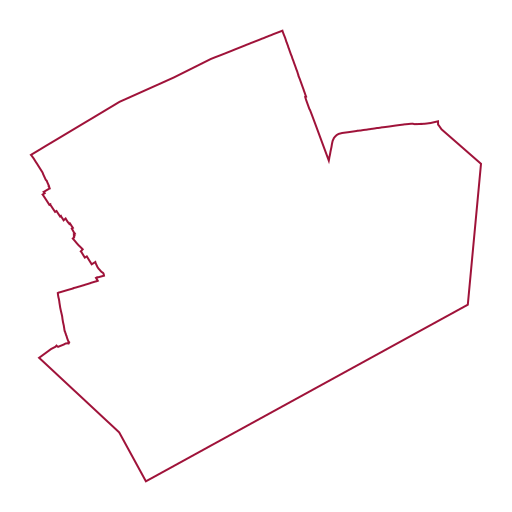 outline of Drechterland, Noord-Holland, Netherlands
{"feature_id": "6326949B42613420061544", "entity_name": "Drechterland", "entity_type": "district", "adm_level": 2, "iso_a3": "NLD", "parent_name": "Netherlands", "parent_adm1": "Noord-Holland", "projection": "orthographic", "projection_center": [5.149, 52.656], "detail": "fine", "context": "isolated", "style": "outline", "palette": "rose", "viewbox_px": 512, "rotation_deg": 0, "n_neighbors": 0, "source": "geoboundaries", "source_scale": "gbopen_adm2", "svg_char_len": 5442}
<svg xmlns="http://www.w3.org/2000/svg" viewBox="0 0 512 512"><path d="M145.9,481.3L210.7,445.7L315.9,388.0L401.6,341.0L467.8,304.7L481.0,163.8L441.5,129.3L439.0,125.7L438.1,124.6L438.0,121.3L429.8,123.2L429.5,123.1L429.4,123.1L428.4,123.3L426.9,123.5L425.2,123.7L424.2,123.8L423.6,123.8L422.0,123.9L421.3,123.9L421.3,124.0L418.9,124.0L417.3,124.1L416.6,124.1L416.4,124.1L416.1,124.0L415.8,124.1L415.7,124.1L414.7,124.1L414.4,124.1L414.2,124.1L413.6,123.9L412.9,123.8L412.5,123.7L412.3,123.7L410.8,123.8L410.4,123.8L409.5,123.9L407.7,124.1L406.4,124.2L405.4,124.3L404.1,124.4L403.6,124.5L403.2,124.6L402.2,124.7L399.0,125.1L395.2,125.6L389.3,126.5L386.9,126.8L384.5,127.1L382.6,127.3L382.0,127.3L380.7,127.6L378.9,127.9L378.1,128.0L377.4,128.0L377.1,128.0L376.0,128.2L375.1,128.4L373.0,128.7L371.6,128.9L371.2,128.9L370.4,129.1L368.7,129.3L366.4,129.7L364.2,129.9L362.9,130.1L361.2,130.4L361.0,130.5L359.2,130.6L357.8,130.8L357.7,130.8L357.5,130.7L356.5,131.0L355.2,131.2L348.3,132.2L345.1,132.6L342.1,133.0L341.4,133.2L340.9,133.3L340.7,133.4L339.8,133.6L338.7,133.9L337.6,134.5L336.6,135.1L334.9,136.8L334.2,137.7L333.8,138.2L333.7,138.5L333.6,138.8L333.5,139.0L333.1,139.8L332.8,140.5L332.6,141.0L332.5,141.5L332.2,142.8L331.9,144.3L331.5,146.8L331.3,147.8L330.9,149.6L330.4,152.0L330.3,152.7L329.9,154.9L329.4,157.1L329.1,159.1L328.8,160.6L315.8,125.4L312.0,115.2L310.0,110.0L309.5,109.2L309.3,108.8L306.1,99.9L305.2,97.0L305.6,96.9L306.1,96.7L305.5,95.2L305.3,94.6L305.1,94.0L304.8,93.1L304.3,91.7L303.8,90.4L303.7,89.9L303.6,89.6L303.3,88.8L302.6,86.9L302.1,85.5L300.7,81.6L300.4,80.8L299.7,78.8L299.2,77.7L299.1,77.4L298.7,76.4L298.5,75.8L298.4,75.7L298.4,75.4L298.3,75.1L298.3,74.8L298.0,74.1L297.4,72.1L296.7,70.1L296.5,69.8L296.1,68.6L295.2,66.0L294.0,62.8L293.4,61.0L292.7,59.2L292.5,58.8L291.7,56.2L291.2,55.1L290.8,54.1L289.5,50.4L289.4,50.2L289.1,49.2L289.0,48.9L288.8,48.3L288.5,47.8L288.3,47.1L288.0,46.0L287.9,45.7L287.5,44.7L287.2,43.9L286.7,42.4L286.4,41.9L285.8,39.9L285.1,37.8L284.7,36.8L284.1,35.3L283.7,34.4L283.5,33.7L283.1,32.8L282.9,32.1L282.6,31.5L282.4,30.7L282.1,30.8L281.3,31.1L280.9,31.3L278.0,32.4L274.3,33.8L272.5,34.5L271.5,35.0L270.1,35.5L268.7,36.0L267.6,36.5L267.1,36.7L266.7,36.8L266.2,37.0L263.7,38.1L261.6,38.8L261.2,39.0L260.8,39.2L260.5,39.3L258.8,40.0L254.4,41.7L253.4,42.1L252.4,42.5L251.2,42.9L250.1,43.4L248.1,44.2L247.0,44.6L246.2,44.9L245.6,45.2L241.1,47.0L236.8,48.7L234.8,49.5L231.9,50.7L220.3,55.3L215.0,57.3L210.8,59.0L173.8,77.5L133.9,95.4L120.0,101.6L118.9,102.2L98.4,114.5L82.5,124.0L68.8,132.2L55.6,140.1L46.5,145.5L38.6,150.3L32.6,153.9L31.9,154.3L31.0,154.9L31.2,155.1L33.7,158.5L34.0,159.0L34.3,159.5L36.1,162.4L36.3,162.7L36.7,163.2L37.7,164.8L38.3,165.8L38.7,166.4L38.9,166.7L39.5,167.7L40.9,169.9L42.3,172.1L42.8,173.1L43.0,173.7L43.1,173.9L43.1,174.1L43.5,174.9L44.0,176.0L45.7,179.7L45.9,179.9L46.0,180.1L46.7,180.7L46.7,180.9L46.9,181.3L47.8,183.4L48.2,184.2L48.3,184.6L48.6,185.1L49.0,186.1L48.7,186.3L49.1,187.1L49.6,188.1L49.5,188.3L49.6,188.5L49.3,188.6L49.0,188.8L46.6,190.2L45.1,191.1L43.7,191.9L44.0,192.2L44.7,193.2L42.7,194.5L42.9,194.7L42.9,194.9L46.2,199.9L49.4,204.9L49.6,204.8L49.8,204.6L50.2,204.4L50.2,204.5L51.1,205.9L53.2,209.1L55.1,211.9L56.5,211.0L58.3,213.8L60.1,216.5L60.9,215.9L61.5,217.1L61.7,217.4L62.4,218.3L62.9,219.2L63.1,219.4L63.6,220.3L65.6,218.5L66.8,220.5L67.8,222.1L68.0,222.4L68.1,222.5L68.5,222.5L68.7,222.8L68.9,223.3L69.4,224.0L70.0,223.5L70.4,224.1L71.2,225.3L71.6,226.0L72.1,226.7L72.9,227.9L71.8,228.6L72.6,230.0L74.5,233.5L74.7,233.4L74.9,233.7L73.9,234.2L74.3,234.9L74.2,235.0L74.5,235.5L73.9,236.0L74.0,236.3L74.2,236.6L74.1,236.8L73.9,236.9L73.9,237.0L74.1,237.3L74.0,237.5L73.9,237.6L72.8,238.5L73.1,238.9L75.1,241.2L76.9,243.4L77.2,243.7L77.8,244.4L77.9,244.5L78.8,245.5L79.5,246.1L82.7,249.3L80.8,251.4L81.0,251.6L81.3,251.9L81.5,252.2L82.3,253.5L83.5,255.5L84.8,257.6L86.8,256.4L87.5,257.5L88.7,259.5L91.7,264.3L95.3,262.0L95.4,262.4L95.5,262.7L95.9,263.7L96.5,265.0L96.9,265.8L97.4,266.9L97.9,267.7L98.4,268.4L98.6,268.7L99.4,269.5L99.9,270.1L101.2,271.6L101.8,272.1L102.5,272.5L103.0,272.9L103.3,273.2L103.5,273.6L103.8,274.6L104.0,275.7L97.0,277.6L96.9,277.4L96.0,277.9L97.8,280.8L97.6,280.9L97.2,281.0L96.4,281.3L95.5,281.5L93.8,282.0L93.4,282.1L93.1,282.2L92.9,282.3L91.4,282.7L90.9,282.9L90.3,283.1L90.0,283.3L89.4,283.4L88.9,283.6L87.3,284.1L85.2,284.7L84.4,285.0L83.8,285.2L83.2,285.3L82.9,285.5L82.3,285.6L79.8,286.4L79.3,286.5L78.3,286.8L77.9,286.9L76.3,287.4L75.9,287.5L75.1,287.7L74.3,287.9L74.0,288.0L73.8,288.0L73.4,288.1L72.9,288.4L72.9,288.5L70.8,289.1L68.3,289.8L60.2,292.2L58.6,292.6L57.8,293.0L58.0,294.8L58.2,296.0L58.5,297.6L58.9,299.1L59.0,299.7L59.3,301.5L59.4,302.5L59.9,305.6L60.2,307.6L60.6,309.5L60.9,310.9L62.0,315.6L62.2,316.7L62.5,319.1L62.8,320.9L63.0,322.1L63.6,324.8L63.8,325.6L64.0,327.1L64.1,327.6L64.2,328.1L64.4,329.8L64.5,330.1L64.6,330.5L64.6,330.9L64.8,331.2L64.9,331.6L65.1,331.9L65.5,333.3L65.7,333.6L66.0,334.9L66.5,335.9L66.5,336.0L66.8,337.0L66.9,337.4L67.1,338.0L67.2,338.3L67.9,340.2L68.0,340.4L68.2,340.9L68.4,341.4L68.6,341.6L68.8,341.9L69.2,342.3L69.2,342.5L68.9,342.9L68.6,343.5L68.4,343.5L68.1,343.4L67.5,343.2L67.0,343.4L66.8,343.4L66.4,343.4L66.0,343.4L65.5,343.6L64.4,344.1L64.1,344.4L58.4,346.7L58.2,346.8L58.0,346.7L57.9,346.7L57.7,346.7L57.4,346.5L56.5,345.6L55.4,346.8L51.1,349.0L39.1,357.8L119.2,432.4L145.9,481.3Z" fill="none" stroke="#9f1239" stroke-width="2"/></svg>